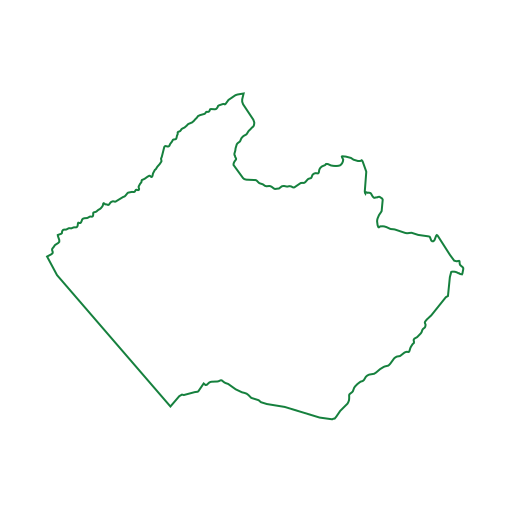 the Province of Masvingo, rotated 97°
{"feature_id": "ZWE-532", "entity_name": "Masvingo", "entity_type": "Province", "adm_level": 1, "iso_a3": "ZWE", "parent_name": "Zimbabwe", "parent_adm1": "", "projection": "albers", "projection_center": [30.801, -20.777], "detail": "fine", "context": "isolated", "style": "outline", "palette": "green", "viewbox_px": 512, "rotation_deg": 97, "n_neighbors": 0, "source": "natural_earth", "source_scale": "10m", "svg_char_len": 6077}
<svg xmlns="http://www.w3.org/2000/svg" viewBox="0 0 512 512"><g transform="rotate(97 256 256)"><path d="M274.0,459.2L273.1,458.8L271.2,457.6L270.4,457.3L269.5,456.7L267.1,453.8L265.9,453.0L264.1,453.2L260.2,455.1L259.3,455.3L257.7,452.1L257.1,451.5L255.0,451.4L254.2,451.0L253.6,450.6L253.2,449.7L253.0,448.0L252.7,447.3L251.3,445.3L251.1,444.3L251.1,442.8L249.8,440.4L249.4,437.8L248.9,437.2L248.0,436.8L247.2,436.7L245.1,436.7L244.6,436.4L244.8,434.9L244.6,434.3L244.0,433.8L242.8,433.4L241.0,433.0L240.4,432.6L239.9,432.0L239.4,430.8L238.9,428.3L238.6,427.7L237.2,425.8L237.0,425.2L237.0,423.7L236.7,423.1L236.1,422.7L235.0,422.6L233.5,422.8L232.8,422.7L232.4,422.2L231.7,420.4L231.1,419.6L229.9,418.6L229.2,417.8L228.4,416.7L227.6,415.9L225.9,414.8L224.9,414.3L223.9,414.1L222.6,414.0L222.2,413.7L222.3,413.1L223.1,411.9L223.0,410.7L223.1,410.0L223.3,409.4L223.3,408.8L222.9,408.2L220.8,407.0L220.0,406.3L219.2,404.9L219.1,404.0L219.3,402.6L219.1,402.0L213.7,395.2L213.3,394.4L212.8,393.6L212.1,393.0L209.1,391.1L208.7,390.6L207.5,387.0L207.4,385.5L207.3,384.8L206.9,384.2L205.2,383.4L204.8,382.9L205.0,381.4L204.9,380.7L204.5,380.3L203.7,380.2L202.5,380.7L201.9,380.9L201.2,380.9L198.4,379.8L197.0,378.9L196.3,378.7L195.0,378.7L194.5,378.5L193.5,376.8L192.9,375.9L190.5,373.3L189.4,371.8L189.3,371.3L189.5,370.8L190.2,369.8L190.3,369.3L189.9,368.8L189.0,368.5L186.6,368.3L182.9,366.9L182.0,366.0L179.4,364.8L176.5,362.8L173.7,361.4L172.9,361.5L171.1,362.1L170.5,362.0L169.1,361.6L159.5,360.4L158.7,360.2L158.2,359.8L157.9,359.3L158.1,356.9L157.9,356.2L157.5,355.7L156.9,355.3L155.9,355.1L155.0,354.7L152.6,353.3L151.0,352.7L150.5,352.2L150.0,350.4L149.6,349.7L148.5,349.3L146.2,349.1L144.6,348.6L144.1,348.6L143.2,348.8L142.7,348.7L142.2,348.3L141.7,347.2L141.2,346.5L140.3,345.9L139.5,345.6L138.9,345.1L138.2,344.2L137.2,342.6L135.0,340.6L133.8,339.8L133.2,339.2L131.2,335.7L129.3,334.0L128.0,333.2L126.0,331.6L124.2,330.6L123.0,328.7L121.2,324.4L120.6,323.8L119.4,323.2L119.0,322.8L118.8,321.2L118.6,320.6L118.1,320.1L117.2,319.7L116.1,319.5L115.8,319.1L115.6,318.3L115.4,314.8L115.1,313.8L114.6,313.2L113.5,312.5L112.8,312.2L111.8,312.0L111.2,311.4L110.6,310.3L109.3,307.6L109.0,306.5L109.1,305.8L109.3,305.5L109.2,305.2L108.7,304.7L104.4,302.3L98.9,296.0L98.0,294.1L96.2,288.1L102.2,288.8L104.6,288.5L107.0,287.3L121.0,275.3L122.6,274.5L123.7,274.0L125.0,273.9L126.4,274.0L127.2,274.2L128.1,274.7L128.7,275.4L131.3,277.3L132.1,278.0L132.9,278.6L136.1,280.1L136.6,280.5L138.4,283.0L139.6,284.0L141.0,284.9L143.8,285.7L144.5,286.1L146.3,288.0L147.5,288.7L151.6,289.4L153.8,289.4L157.0,289.9L157.9,289.8L158.5,289.6L158.9,289.2L160.4,288.6L161.6,287.7L162.0,287.6L162.6,287.6L164.9,288.9L166.5,289.4L167.3,289.5L168.4,289.4L180.2,278.4L181.1,277.0L181.4,274.9L180.7,265.6L180.9,264.9L181.3,264.2L182.6,262.6L183.1,261.9L183.4,261.1L184.0,258.0L185.3,255.6L185.5,254.0L184.9,251.4L184.9,250.6L185.3,249.1L186.9,246.3L187.1,245.7L187.1,244.9L186.7,243.6L186.2,241.4L184.0,239.2L183.6,238.7L183.2,237.3L183.1,236.5L183.3,234.2L183.3,233.4L182.6,231.4L182.6,230.5L182.7,229.4L183.3,228.0L183.4,227.0L183.2,226.3L178.2,220.6L177.8,219.3L177.7,217.8L177.5,217.1L177.1,216.6L176.7,216.1L173.5,213.9L172.8,212.9L172.0,211.0L171.5,210.6L170.9,210.4L168.8,209.9L167.8,209.2L167.0,208.2L166.5,206.9L166.5,204.8L166.3,204.3L165.8,204.0L165.2,203.8L162.8,203.7L161.5,203.3L160.4,202.7L159.0,201.4L157.4,198.6L156.9,198.1L156.3,197.9L156.0,197.1L156.0,195.8L157.0,192.6L157.1,190.1L156.9,187.5L156.5,185.5L155.9,183.8L155.2,183.0L153.6,181.9L151.7,181.3L149.7,181.2L147.6,182.6L146.8,182.9L146.5,182.6L146.4,178.9L147.1,173.7L148.5,171.0L149.3,166.4L149.1,164.7L148.8,163.7L148.1,162.8L148.5,162.2L149.5,161.5L158.5,157.0L159.1,156.8L178.6,155.9L180.1,155.5L180.7,155.0L179.4,154.8L179.3,154.7L179.3,154.0L179.7,152.8L179.4,152.0L179.4,151.4L179.6,150.1L180.0,149.5L182.8,147.4L183.8,146.0L183.8,145.3L183.2,144.0L183.1,143.0L182.6,142.2L182.2,141.0L182.3,140.4L183.6,137.8L184.7,137.1L195.0,136.8L196.2,136.8L197.1,137.2L200.4,138.9L203.9,139.9L205.5,140.1L207.0,140.0L210.5,139.1L212.3,138.2L212.6,137.6L212.4,137.2L211.6,136.5L211.4,136.1L211.1,134.1L211.0,132.5L211.4,130.1L212.7,126.1L212.8,125.3L212.7,122.2L212.8,121.2L214.9,110.8L215.0,109.5L214.9,108.2L214.4,106.4L214.0,104.4L215.3,97.6L215.5,87.1L215.7,86.0L216.5,85.4L217.7,84.8L219.3,83.9L219.9,82.9L219.8,81.9L219.1,81.2L218.2,80.7L214.5,79.8L213.7,79.5L213.2,79.1L213.5,78.4L214.5,77.5L231.3,63.6L236.5,58.7L236.8,56.0L236.3,54.8L236.1,53.8L236.4,53.4L238.8,52.9L239.9,52.4L240.7,51.4L241.9,49.5L242.8,48.8L244.0,48.7L248.2,49.0L249.1,49.3L249.0,50.9L248.8,51.8L248.3,52.5L248.4,53.1L247.9,54.3L247.5,55.8L247.4,57.4L247.6,58.9L247.7,59.6L248.1,60.3L253.3,61.0L272.3,60.6L273.8,62.6L293.4,74.7L297.8,78.4L299.4,79.5L300.7,80.2L301.5,80.3L302.1,80.1L303.3,79.4L304.1,79.3L305.4,79.4L306.1,79.6L306.6,79.9L307.9,81.2L308.5,81.6L309.2,81.9L311.5,82.4L312.7,83.0L316.9,86.2L318.7,88.7L319.5,89.1L320.2,89.3L322.1,88.7L323.1,88.7L324.5,89.9L327.3,91.2L328.5,91.6L331.4,92.1L332.3,92.4L332.7,92.9L332.7,94.7L333.1,95.7L333.7,96.8L337.4,100.5L337.8,101.0L338.6,103.8L339.1,104.6L340.1,105.8L340.9,106.5L346.5,109.6L347.9,110.6L348.7,111.4L349.9,114.6L350.5,115.7L353.2,119.1L357.0,122.6L358.5,124.4L359.9,129.1L360.4,130.0L361.3,131.2L362.6,132.3L365.8,133.7L366.5,134.3L367.1,134.9L368.0,136.9L369.0,138.0L370.8,139.8L373.3,141.7L374.8,142.5L378.5,143.4L379.4,144.0L381.2,145.8L381.9,146.4L382.7,146.6L385.5,146.2L387.8,146.1L389.9,146.6L391.4,147.2L399.4,153.5L405.6,156.7L407.8,158.1L408.1,159.4L408.8,160.5L408.6,173.2L402.3,209.2L401.6,227.2L400.5,233.3L398.8,235.8L397.4,243.4L394.9,246.6L393.8,248.5L393.3,250.7L393.0,253.3L390.8,259.9L386.4,268.0L385.8,270.8L385.3,272.1L383.6,274.9L383.7,276.0L384.7,277.6L385.2,278.7L386.2,284.7L386.6,285.9L387.3,287.0L389.9,289.2L390.2,290.4L388.9,292.4L397.2,296.7L397.8,297.3L398.6,300.3L402.8,310.7L402.6,312.6L404.5,315.1L415.8,322.6L299.2,451.2L282.0,463.3L279.2,459.3L278.1,458.3L276.9,458.2L275.0,459.1L274.0,459.2Z" fill="none" stroke="#15803d" stroke-width="2"/></g></svg>